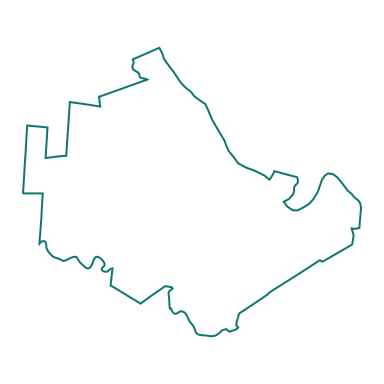 Suraia, Vrancea, Romania (Equal Earth projection)
{"feature_id": "2599482B76936069703024", "entity_name": "Suraia", "entity_type": "district", "adm_level": 2, "iso_a3": "ROU", "parent_name": "Romania", "parent_adm1": "Vrancea", "projection": "equal_earth", "projection_center": [27.376, 45.674], "detail": "fine", "context": "isolated", "style": "outline", "palette": "teal", "viewbox_px": 384, "rotation_deg": 0, "n_neighbors": 0, "source": "geoboundaries", "source_scale": "gbopen_adm2", "svg_char_len": 3996}
<svg xmlns="http://www.w3.org/2000/svg" viewBox="0 0 384 384"><path d="M359.4,228.1L359.4,227.6L359.5,226.2L360.0,219.8L360.4,215.3L361.0,208.1L360.4,204.2L360.0,203.1L359.6,202.1L357.4,199.6L354.8,197.7L351.3,193.6L347.8,190.8L341.1,181.9L337.0,177.1L332.9,174.1L330.3,173.8L328.0,173.4L324.7,175.8L321.9,179.8L317.9,191.7L313.1,199.5L308.8,204.2L306.5,205.5L304.0,207.1L297.3,210.5L292.8,210.3L287.5,206.7L283.7,201.7L288.7,199.1L289.4,198.5L290.1,197.7L290.6,196.9L291.2,196.4L292.5,195.2L293.0,194.2L293.7,192.4L294.1,191.2L294.2,190.4L294.1,189.6L293.9,189.0L293.9,188.4L294.2,187.3L294.4,186.7L294.9,185.9L295.6,185.0L296.6,184.1L297.4,183.2L298.0,181.9L297.7,179.0L297.1,177.2L274.3,171.2L273.8,172.7L273.0,174.2L272.2,175.5L270.9,177.7L269.5,179.7L264.6,175.6L253.9,170.4L245.8,167.5L238.2,163.3L233.5,156.9L228.7,151.0L226.0,145.0L224.4,140.5L220.1,133.3L212.4,120.2L210.2,115.1L208.3,110.5L207.3,108.3L205.2,103.9L202.8,102.4L201.0,101.2L200.0,100.5L198.0,99.1L197.6,98.8L196.1,97.6L194.3,96.2L193.9,95.7L191.3,92.2L187.3,89.0L184.8,86.9L180.3,82.0L173.6,71.9L169.0,65.9L163.8,58.6L162.8,54.4L160.5,50.1L159.3,47.8L132.8,59.4L133.1,60.6L133.5,61.8L133.6,62.3L133.7,62.8L132.3,66.7L132.6,68.0L132.9,69.2L134.1,70.1L136.0,71.4L137.2,72.0L138.0,72.4L138.6,72.8L138.8,73.4L139.0,74.1L139.1,74.5L139.9,77.0L140.8,77.8L141.9,78.1L144.2,78.6L146.4,79.1L147.3,79.6L130.4,85.6L117.7,90.2L101.2,96.0L99.7,96.7L99.0,96.7L100.2,106.6L94.7,105.7L89.2,104.8L81.7,103.7L73.8,102.6L69.9,102.0L68.7,118.7L68.4,124.2L67.7,134.1L67.0,144.0L66.2,155.8L65.4,155.9L64.6,155.9L63.4,156.0L61.2,156.2L59.9,156.3L59.3,156.4L59.0,156.3L58.8,156.3L58.5,156.2L58.2,156.3L57.6,156.6L56.8,156.6L55.2,156.8L48.9,157.6L45.6,158.0L47.5,127.5L47.0,127.4L45.5,127.3L44.7,127.2L43.1,127.0L42.3,126.9L42.0,126.9L35.3,126.3L34.8,126.3L31.8,126.0L28.2,125.6L27.2,125.5L27.1,127.1L26.2,141.0L26.1,143.8L25.4,155.9L25.3,156.9L24.9,162.3L24.5,169.1L23.9,179.3L23.5,186.1L23.0,192.9L23.6,193.5L27.2,193.4L39.0,193.4L42.8,193.5L42.7,194.3L42.2,201.6L42.0,205.9L41.6,212.3L41.4,217.5L40.3,232.2L39.7,239.9L39.6,241.5L39.5,243.6L40.6,242.3L41.8,241.5L42.6,241.2L43.3,241.1L44.0,241.2L45.0,241.5L45.5,241.9L45.9,243.0L46.2,244.3L46.3,245.6L46.4,247.9L47.1,249.4L47.8,250.7L48.0,251.0L48.9,252.3L49.1,252.6L50.6,254.2L51.6,255.3L53.4,256.9L56.4,258.0L59.5,259.0L62.0,260.4L63.5,260.9L65.4,260.5L66.9,259.8L68.8,258.9L71.9,257.4L73.3,257.0L75.0,256.7L76.2,256.9L76.8,257.5L77.6,258.8L78.1,259.9L80.3,262.8L82.8,265.1L85.9,267.8L87.6,268.5L89.5,268.0L90.6,266.9L92.1,264.2L93.5,260.4L94.3,258.7L95.1,257.6L96.1,256.9L97.0,256.8L98.4,257.0L99.6,257.7L101.4,259.1L103.0,260.9L103.9,262.1L104.5,263.6L104.6,264.9L104.2,265.9L103.0,267.2L101.9,268.3L101.7,268.7L101.7,269.5L102.2,270.4L103.0,271.0L103.8,271.4L106.2,271.8L107.4,271.6L108.0,271.2L109.1,270.0L110.5,268.9L112.5,268.4L110.6,285.5L114.1,287.5L135.9,300.8L140.6,303.6L151.3,295.8L158.0,291.1L160.5,289.5L164.0,286.9L165.0,286.2L169.0,286.7L171.0,287.1L171.8,287.5L172.6,288.6L171.9,289.2L170.4,290.2L169.5,291.0L168.6,292.8L168.6,294.7L169.1,298.0L169.3,301.3L169.5,305.5L169.6,307.1L169.9,308.6L170.8,308.4L171.4,309.8L172.5,311.8L173.2,312.8L174.2,313.5L175.1,313.8L176.6,313.6L177.6,313.0L179.0,312.1L179.7,311.6L180.7,311.3L181.9,311.3L183.6,312.0L185.1,312.9L186.2,314.5L187.3,316.7L188.1,318.4L189.6,321.4L190.8,322.9L192.5,324.9L193.9,327.0L194.9,329.6L196.0,332.6L197.7,334.2L198.9,334.7L202.6,335.3L206.1,335.5L210.2,336.2L214.0,336.0L216.5,335.1L219.9,332.6L221.9,330.4L226.0,329.1L227.0,329.8L228.6,331.2L230.1,331.6L232.0,330.8L235.0,329.8L236.8,329.0L238.2,327.3L236.5,325.7L236.3,324.7L236.6,322.1L237.9,317.9L238.9,314.0L240.2,312.7L243.4,310.8L246.1,308.9L254.5,303.4L263.6,297.2L268.1,294.1L268.6,293.1L273.4,289.9L279.1,286.3L299.1,273.7L310.2,266.5L320.0,260.1L322.3,261.8L352.1,244.6L353.0,239.8L353.6,235.0L352.1,230.2L351.5,228.4L352.0,228.3L352.6,228.4L353.3,229.0L353.6,229.0L355.1,228.8L359.4,228.1Z" fill="none" stroke="#0f766e" stroke-width="2"/></svg>